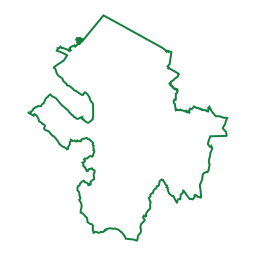 Kampar, Riau, Indonesia (Albers equal-area conic projection)
{"feature_id": "22746128B8837306932395", "entity_name": "Kampar", "entity_type": "district", "adm_level": 2, "iso_a3": "IDN", "parent_name": "Indonesia", "parent_adm1": "Riau", "projection": "albers", "projection_center": [101.167, 0.32], "detail": "fine", "context": "isolated", "style": "outline", "palette": "green", "viewbox_px": 256, "rotation_deg": 0, "n_neighbors": 0, "source": "geoboundaries", "source_scale": "gbopen_adm2", "svg_char_len": 5748}
<svg xmlns="http://www.w3.org/2000/svg" viewBox="0 0 256 256"><path d="M77.8,40.8L77.1,42.6L78.7,44.1L77.8,44.2L75.2,46.6L74.6,45.3L71.2,46.8L69.4,48.4L70.8,50.2L69.4,51.2L67.5,49.7L62.4,47.8L61.8,48.1L60.4,46.6L59.2,48.2L57.6,48.2L57.7,49.1L56.8,50.7L61.4,52.3L67.2,55.3L63.8,60.5L56.7,65.2L54.1,67.1L53.9,67.7L54.4,67.9L55.5,69.2L56.4,72.3L57.3,74.3L58.7,76.1L61.9,78.1L62.8,79.5L63.1,80.7L64.7,82.4L66.6,83.9L67.0,85.3L67.5,85.6L69.1,85.7L73.0,88.9L74.3,90.3L76.0,90.9L78.0,92.4L82.0,95.0L82.9,95.0L84.2,93.0L84.9,92.4L85.5,92.4L87.9,94.8L89.6,97.8L90.5,100.7L92.7,103.3L93.0,104.8L93.2,111.4L93.1,116.6L92.7,119.3L88.9,122.5L88.2,122.8L87.0,122.5L82.6,119.2L83.0,119.0L81.8,118.2L82.2,117.0L80.3,117.6L78.6,118.6L77.4,118.9L76.2,118.4L74.9,117.2L73.9,116.9L73.3,115.7L71.8,114.8L69.2,112.1L67.9,110.3L61.3,104.7L56.2,98.5L55.4,97.8L52.5,96.6L50.3,94.4L48.9,95.5L47.6,97.1L46.5,97.7L45.5,99.0L43.8,103.0L42.1,104.2L40.9,106.2L37.6,106.2L37.1,106.8L35.4,107.2L34.6,108.2L33.5,108.5L32.9,110.0L31.5,111.4L30.7,111.9L30.7,112.4L28.7,112.6L29.1,113.3L31.6,114.4L33.4,115.7L33.8,115.4L34.3,114.2L36.2,115.2L37.2,116.5L38.6,119.0L38.8,121.0L41.4,122.7L42.4,123.9L43.3,124.1L44.4,124.8L45.0,126.1L44.0,128.4L44.6,129.4L45.5,130.1L47.6,130.8L49.2,131.7L51.2,134.6L52.3,135.6L53.9,136.4L55.1,137.7L58.0,141.4L59.5,144.1L62.6,146.6L65.5,147.8L66.9,149.3L67.9,148.9L68.3,146.6L69.9,144.4L69.8,142.1L70.7,141.2L70.9,139.8L72.8,141.0L74.4,140.5L75.7,141.4L76.8,141.4L77.2,140.5L79.4,141.2L80.9,141.3L81.5,139.6L82.2,139.0L84.6,138.6L86.6,137.9L87.2,138.2L87.8,138.9L89.5,139.4L90.6,140.9L92.0,141.6L93.2,143.2L92.7,144.2L92.7,145.1L93.7,145.9L93.4,147.6L93.8,149.2L93.3,150.2L94.3,151.0L94.3,151.8L92.9,155.0L93.1,155.6L92.1,156.6L90.4,156.1L89.7,156.2L87.0,158.5L84.6,158.6L84.0,159.5L85.0,160.5L84.4,161.9L82.5,162.7L83.5,164.1L83.2,165.6L83.6,166.5L84.4,166.7L85.3,167.7L85.7,169.1L86.4,169.7L86.7,171.0L87.2,171.1L88.0,170.8L88.8,169.2L89.2,169.0L91.0,168.7L91.7,168.3L92.1,168.5L92.4,169.3L94.5,170.4L94.7,171.8L93.6,174.5L94.1,178.9L90.7,181.6L90.4,182.2L90.9,183.8L90.7,184.2L90.5,183.9L89.6,184.1L88.8,185.3L88.2,185.1L88.0,183.7L86.7,182.7L84.8,182.2L84.3,181.1L83.7,180.7L82.6,181.2L81.1,182.4L79.9,184.0L79.7,185.1L78.7,186.0L77.8,186.2L77.4,188.7L77.5,190.4L79.1,192.1L79.8,196.8L80.4,197.9L80.4,198.7L79.2,199.9L79.6,201.0L80.7,202.0L81.5,204.5L81.6,207.0L80.7,210.6L80.7,212.6L82.9,213.5L85.5,216.6L86.7,217.5L87.3,219.5L87.5,222.0L90.1,223.9L91.6,224.1L92.5,224.8L93.0,226.0L92.6,227.5L93.0,228.6L92.9,230.6L93.6,232.8L95.8,231.7L98.4,232.8L99.5,232.6L100.6,232.0L102.9,232.0L103.8,231.6L105.0,229.7L105.6,229.5L105.6,230.2L107.6,228.8L109.9,228.2L113.4,228.8L114.9,228.5L118.4,229.7L122.2,232.8L124.6,236.1L125.8,238.7L133.4,239.5L136.7,240.6L137.4,239.4L138.2,235.3L140.6,232.7L140.9,231.8L140.9,229.5L140.4,227.5L140.8,224.8L141.3,223.9L142.1,223.3L142.5,222.4L143.6,221.8L144.7,220.2L144.7,219.6L143.4,218.4L143.1,217.1L143.3,216.4L143.9,215.6L145.3,216.6L146.3,216.0L146.4,215.5L145.9,214.6L146.0,213.6L148.1,210.5L149.9,208.8L150.3,208.0L150.1,205.2L150.3,203.0L150.7,202.2L149.6,200.3L149.4,199.1L148.9,198.2L149.0,197.7L150.5,196.4L150.3,195.0L150.6,194.3L153.0,192.7L153.6,190.4L155.2,188.6L156.2,188.4L156.8,186.2L158.1,186.0L158.8,185.6L159.3,183.4L159.4,181.6L160.2,180.5L161.5,179.6L162.8,179.8L162.7,180.3L164.3,181.8L164.5,182.8L165.2,183.4L165.6,184.8L167.1,185.7L166.4,187.1L167.7,187.8L167.6,189.2L168.0,189.6L168.1,190.9L169.1,193.5L172.1,196.0L173.2,195.9L173.6,196.3L175.3,200.2L176.1,201.0L176.7,202.5L177.3,202.3L177.3,201.0L178.1,199.4L179.2,199.0L180.3,199.2L180.8,194.6L182.7,192.9L183.3,190.6L184.0,191.0L184.3,192.0L185.3,192.8L185.5,193.6L189.8,199.1L191.3,198.9L192.4,199.4L192.8,199.3L194.9,196.4L194.9,195.9L194.5,195.4L194.9,194.9L195.9,195.1L198.0,196.9L198.9,196.9L200.4,197.6L201.5,197.6L201.2,197.5L201.0,196.0L200.5,189.6L199.9,186.3L199.9,184.9L202.2,179.5L202.6,175.2L203.0,174.2L203.9,173.1L205.5,172.3L206.5,171.9L207.4,172.2L207.5,171.6L208.5,170.6L209.6,164.3L208.8,162.3L209.1,159.4L210.1,155.9L210.3,153.2L211.9,149.5L212.2,148.1L211.4,146.4L211.3,146.8L209.9,146.8L207.9,144.2L208.0,143.1L209.4,138.6L210.4,136.3L226.4,135.9L226.6,135.1L226.1,132.1L222.8,128.3L222.8,127.8L224.9,124.4L226.4,119.6L227.3,118.1L225.7,117.6L224.1,117.9L219.6,116.3L215.7,116.2L211.9,111.6L209.3,106.7L208.2,107.9L208.7,109.0L208.7,109.6L208.2,110.0L208.2,111.4L206.6,111.1L206.2,110.4L205.8,110.2L202.2,110.0L201.9,109.4L201.5,109.7L200.1,108.9L200.1,108.6L199.2,108.6L198.4,108.1L196.9,108.0L193.9,106.5L193.0,107.9L191.7,109.0L190.6,108.9L190.2,108.6L189.7,109.9L189.2,110.3L189.4,110.6L188.9,112.0L189.4,112.3L189.2,112.7L188.0,112.2L187.5,111.8L187.7,111.6L186.7,111.0L186.8,112.0L182.3,110.3L181.4,110.2L180.4,109.6L180.0,110.2L177.0,110.0L177.0,109.8L175.8,110.3L174.9,104.1L174.4,103.8L173.8,102.8L173.7,101.0L173.9,100.4L174.7,99.4L175.1,99.3L175.3,99.9L175.8,99.7L175.8,93.8L176.2,93.7L176.6,92.8L177.1,92.5L177.1,92.0L177.7,90.9L177.3,90.5L177.4,89.4L176.7,89.1L176.8,90.1L176.1,89.5L175.5,89.4L175.2,88.5L174.7,88.5L174.7,89.0L174.4,89.0L173.7,88.3L173.6,87.9L173.0,87.8L172.6,86.9L171.8,86.5L172.0,86.2L172.4,86.2L172.2,85.9L170.4,85.1L170.7,84.3L170.0,83.9L170.9,83.5L170.8,82.8L170.3,82.7L171.2,81.5L173.3,80.3L175.1,78.4L177.7,76.6L178.1,75.9L178.0,75.1L178.8,74.4L178.5,73.7L171.4,69.5L169.4,68.4L168.6,68.6L168.1,68.2L168.7,67.4L167.6,66.4L169.6,64.2L171.4,52.3L169.4,51.4L168.7,51.8L168.2,50.9L167.6,51.0L167.4,51.4L166.7,51.8L165.9,51.1L166.0,50.6L165.6,50.2L161.6,47.4L103.5,15.4L82.0,41.5L80.1,43.0L77.8,40.8ZM77.8,40.8L78.8,39.5L80.0,39.5L79.9,40.5L82.8,40.3L82.8,39.2L81.1,39.2L81.1,38.5L80.0,38.5L80.0,38.1L77.1,38.0L76.1,39.8L77.8,40.8Z" fill="none" stroke="#15803d" stroke-width="2"/></svg>